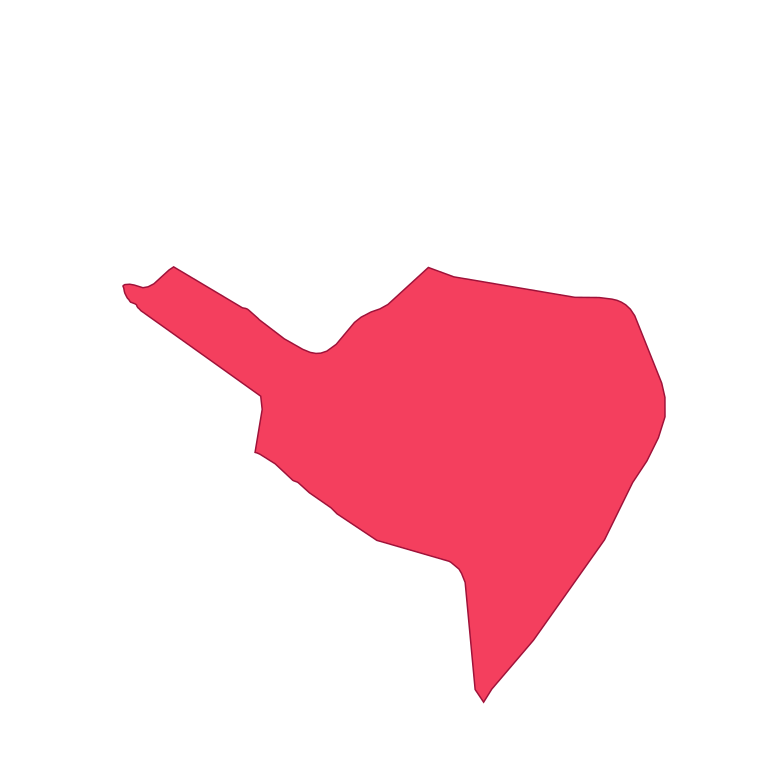 the border of Northern Bahr el Ghazal, rotated 215°
{"feature_id": "SDS-147", "entity_name": "Northern Bahr el Ghazal", "entity_type": "State", "adm_level": 1, "iso_a3": "SSD", "parent_name": "South Sudan", "parent_adm1": "", "projection": "mercator", "projection_center": [27.804, 8.898], "detail": "fine", "context": "isolated", "style": "filled", "palette": "rose", "viewbox_px": 768, "rotation_deg": 215, "n_neighbors": 0, "source": "natural_earth", "source_scale": "10m", "svg_char_len": 1263}
<svg xmlns="http://www.w3.org/2000/svg" viewBox="0 0 768 768"><g transform="rotate(215 384 384)"><path d="M450.4,254.0L469.2,293.3L478.0,303.3L551.6,304.0L625.1,304.6L625.3,304.6L625.5,304.7L627.9,305.2L629.2,305.3L630.8,305.9L632.0,306.8L633.0,306.9L634.2,306.8L635.7,306.4L637.1,306.1L638.5,305.7L639.9,306.1L641.5,306.8L643.3,307.1L645.0,307.9L648.3,309.7L649.8,310.9L652.2,313.3L654.0,314.5L654.0,315.3L653.3,316.8L649.5,319.9L645.4,321.8L636.7,324.6L633.0,328.3L630.0,334.0L625.5,354.1L623.5,359.3L543.6,365.2L543.2,365.4L540.6,366.6L538.8,367.0L537.0,366.9L524.9,365.5L523.0,365.1L491.5,363.8L470.4,365.8L462.5,367.6L457.3,370.0L453.5,373.0L449.7,378.1L445.9,389.1L443.5,417.5L441.1,425.6L435.9,435.6L430.4,443.2L426.4,451.4L414.5,504.9L388.3,511.8L277.5,564.4L257.4,578.2L245.9,584.3L241.1,586.2L236.5,587.2L231.4,587.5L225.1,586.6L217.7,583.7L157.0,544.0L146.2,534.2L135.0,518.3L128.4,497.4L124.5,471.8L123.8,445.9L114.0,382.9L114.6,259.8L120.7,195.9L119.9,180.5L134.1,186.0L168.9,227.0L203.7,268.0L211.8,273.3L216.4,275.4L227.0,276.3L229.0,276.1L300.2,251.8L347.9,250.7L356.4,252.2L382.7,252.1L397.7,254.0L398.8,253.9L402.6,252.9L403.6,252.8L427.3,256.2L445.5,255.3L448.5,254.7L450.4,254.0Z" fill="#f43f5e" stroke="#9f1239" stroke-width="1.5"/></g></svg>